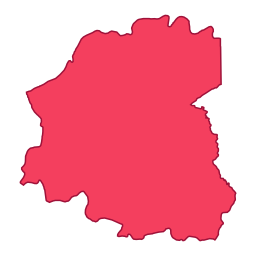 Gualán, Zacapa, Guatemala
{"feature_id": "79465075B90602875847956", "entity_name": "Gualán", "entity_type": "district", "adm_level": 2, "iso_a3": "GTM", "parent_name": "Guatemala", "parent_adm1": "Zacapa", "projection": "robinson", "projection_center": [-89.267, 15.151], "detail": "fine", "context": "isolated", "style": "filled", "palette": "rose", "viewbox_px": 256, "rotation_deg": 0, "n_neighbors": 0, "source": "geoboundaries", "source_scale": "gbopen_adm2", "svg_char_len": 5837}
<svg xmlns="http://www.w3.org/2000/svg" viewBox="0 0 256 256"><path d="M26.5,92.2L26.7,94.1L27.6,95.2L27.8,97.0L28.7,98.1L28.7,99.1L30.1,102.9L31.5,104.7L31.9,107.6L34.5,111.9L37.2,114.7L38.0,115.3L39.6,117.0L39.9,117.1L41.3,119.0L41.4,121.9L40.7,123.8L40.6,125.4L41.4,126.3L42.5,126.7L42.9,127.3L42.9,131.7L42.5,135.6L42.2,136.1L42.1,138.1L41.6,142.0L40.7,145.6L40.0,146.3L38.8,146.8L34.1,147.2L33.5,147.6L30.4,148.2L28.5,149.8L27.4,151.4L25.6,156.2L25.4,161.8L25.0,163.8L23.9,165.6L21.7,167.8L21.7,169.3L23.0,171.3L24.6,172.8L24.7,174.8L23.5,177.5L20.9,181.1L20.3,182.1L20.5,183.0L23.5,185.1L24.3,184.3L25.1,183.6L26.1,182.9L27.4,182.3L27.8,182.2L28.2,182.2L28.7,182.3L31.6,182.6L34.7,183.5L35.3,183.5L36.2,183.6L36.7,183.5L37.3,183.2L37.9,182.6L38.2,182.2L39.2,180.2L40.0,180.2L40.6,180.6L43.1,184.6L43.2,185.5L43.8,186.6L44.3,189.0L44.8,189.8L46.2,200.3L46.6,200.9L49.5,202.3L53.1,200.9L55.4,200.4L60.1,200.4L64.4,201.7L65.7,201.7L66.2,201.4L68.4,201.0L69.5,200.0L71.6,197.2L74.1,196.0L76.5,195.6L77.4,195.0L79.4,192.9L81.3,191.6L83.2,191.3L84.0,191.7L87.7,196.7L88.4,201.2L88.0,204.3L86.7,206.2L85.5,209.7L85.3,212.8L85.6,214.4L86.6,215.9L86.6,216.5L87.4,217.4L88.9,218.6L90.1,219.0L92.7,221.0L94.0,221.1L95.7,221.8L97.5,221.0L98.9,219.3L100.7,218.4L104.6,218.0L111.9,219.9L120.9,223.9L122.0,224.2L122.6,225.0L122.5,226.4L121.8,227.8L121.6,229.3L118.6,232.9L117.7,234.5L117.6,236.0L118.9,236.5L122.1,236.0L124.9,236.3L126.1,236.8L127.0,236.8L127.6,236.3L127.9,234.9L128.2,234.5L128.6,234.2L129.9,234.4L131.0,235.6L132.6,238.1L133.6,239.1L136.2,239.4L140.0,239.1L141.7,239.3L142.7,238.8L143.8,237.8L144.2,236.0L145.1,235.3L147.7,234.3L152.7,233.7L153.1,233.4L158.7,232.1L163.4,231.6L165.0,230.3L166.1,228.7L166.6,228.8L168.2,228.3L169.5,228.4L170.7,229.7L170.9,233.7L172.0,236.5L172.9,237.7L176.4,239.9L179.6,240.3L181.0,239.5L182.0,239.7L182.9,240.6L183.9,240.5L185.3,239.7L186.1,238.6L188.4,236.5L189.7,236.3L195.4,237.2L197.1,238.0L199.6,240.4L200.3,240.6L202.6,240.0L203.9,240.1L209.6,238.6L213.5,239.0L214.9,239.9L216.0,238.5L218.4,234.6L218.3,232.7L218.7,230.1L219.7,228.1L220.9,226.6L221.0,225.8L222.0,224.7L223.2,223.8L223.2,222.8L221.1,219.9L220.9,218.3L221.2,215.2L221.6,213.7L222.3,213.0L223.2,212.6L227.3,212.3L229.0,210.9L229.7,210.1L231.2,206.3L232.4,204.8L233.7,203.3L233.9,202.6L234.6,200.8L235.0,200.5L235.3,199.3L235.0,196.2L235.2,194.2L235.7,193.5L235.6,192.9L234.8,191.8L234.1,191.0L232.9,189.8L232.4,189.1L231.9,187.9L231.6,187.6L230.1,187.0L229.2,186.2L228.9,185.6L228.9,184.7L229.1,184.0L228.9,183.3L228.4,183.1L228.0,183.4L227.6,184.2L227.3,184.4L226.9,184.4L226.7,184.0L226.6,182.9L226.5,182.2L226.2,181.6L225.5,180.6L225.4,180.2L224.9,180.0L224.6,180.5L224.1,180.3L223.5,178.9L223.1,178.4L221.5,178.4L220.9,178.3L220.5,177.9L220.4,177.5L220.3,177.0L220.4,175.3L220.2,174.9L219.7,174.3L219.5,173.8L219.1,171.5L218.9,170.5L218.6,170.0L218.2,169.5L217.3,168.6L216.9,168.0L216.6,167.2L215.9,166.2L213.5,164.2L213.1,163.2L212.9,162.5L212.8,161.5L212.8,161.1L212.9,160.7L213.1,160.3L214.8,159.6L215.3,159.2L215.8,158.7L216.6,157.4L218.1,156.1L218.3,155.7L218.4,154.8L218.2,154.4L217.8,154.0L217.6,153.7L217.4,153.4L217.5,152.6L217.7,152.2L218.2,151.4L218.3,151.0L218.4,149.9L218.3,148.5L217.4,147.6L217.3,147.1L217.2,146.6L217.3,146.0L217.7,144.8L217.7,144.2L217.6,143.6L217.3,143.3L216.7,143.0L216.3,142.6L216.0,142.1L215.9,141.6L216.0,141.0L216.4,140.2L217.2,139.4L217.5,138.8L217.5,138.3L217.2,137.9L216.9,137.1L217.0,136.8L217.2,135.6L217.2,135.0L217.0,134.6L216.6,134.5L215.1,134.4L214.1,134.3L212.5,133.4L211.8,132.8L211.3,131.4L210.6,130.6L210.4,130.2L210.4,128.8L210.3,128.4L210.1,128.0L209.9,127.2L210.2,126.6L210.8,125.9L211.0,125.2L210.9,124.8L210.6,124.4L210.0,124.0L209.7,123.7L209.4,121.8L208.8,120.8L208.7,120.4L208.7,120.1L208.9,119.6L209.1,118.9L208.6,118.4L207.7,118.2L207.5,117.7L207.1,117.4L206.5,117.9L206.0,117.9L206.0,117.5L206.5,116.7L206.5,116.2L206.1,115.9L205.6,115.7L205.5,115.4L205.5,114.4L205.5,114.0L206.0,113.6L207.0,112.6L207.2,112.0L207.1,111.6L206.5,111.3L203.6,109.9L203.1,109.6L203.2,109.0L203.9,108.1L203.8,107.5L203.5,107.3L202.5,106.9L202.1,106.9L201.7,107.0L201.6,108.3L201.3,108.6L200.7,108.7L200.3,108.7L196.8,107.8L195.6,107.6L195.1,107.2L194.8,106.6L194.7,105.9L194.4,105.6L192.1,105.6L191.7,105.3L191.4,105.0L190.7,104.7L191.9,103.3L193.0,102.5L196.0,100.6L196.3,100.1L196.4,99.7L196.7,99.1L197.0,98.6L197.7,98.2L198.6,97.7L199.5,97.5L200.0,97.3L202.0,95.5L203.5,94.5L205.7,93.2L211.9,89.1L213.1,88.9L213.7,88.6L214.9,87.9L215.6,87.8L216.2,87.9L216.6,87.7L217.1,87.3L218.9,85.3L219.3,84.9L219.7,84.6L220.4,84.6L221.1,84.3L220.6,46.7L220.4,46.2L220.4,38.8L219.9,38.4L218.4,38.2L214.1,38.3L213.3,37.6L212.5,36.3L212.4,34.5L212.5,33.0L213.3,31.4L213.2,29.2L212.2,27.4L211.0,26.5L209.1,26.8L203.5,30.1L202.0,30.3L201.7,30.8L200.3,31.4L198.0,33.2L194.9,34.0L192.1,33.6L190.6,32.2L189.7,29.6L189.6,26.7L189.0,23.0L189.0,21.2L186.9,18.9L184.0,17.1L181.8,16.6L179.7,16.7L177.9,17.6L176.2,19.2L173.5,22.8L173.0,23.0L173.0,23.6L171.6,25.0L171.4,25.8L170.3,26.6L169.4,26.7L168.3,26.3L167.9,25.5L169.0,18.1L168.9,16.7L167.8,15.7L165.2,15.4L163.0,16.3L159.3,18.6L157.1,19.0L154.5,18.7L150.9,18.9L149.2,18.6L143.5,18.6L138.9,19.4L137.4,20.1L133.7,23.5L133.1,24.4L131.8,27.6L131.7,28.3L132.5,32.0L132.0,33.8L131.1,34.5L130.2,34.7L128.4,34.0L126.7,33.8L125.3,34.7L123.0,35.4L120.6,35.7L119.8,35.3L116.8,32.1L111.7,31.1L110.1,31.7L108.0,33.1L105.1,33.6L101.3,32.4L99.3,30.8L97.0,30.5L94.9,31.2L92.7,32.6L86.7,35.2L83.5,37.0L81.3,39.2L77.8,46.1L75.8,49.2L75.2,51.0L74.4,51.9L73.8,54.0L73.0,55.1L72.6,56.6L73.1,59.3L73.0,61.6L72.3,62.2L71.5,62.1L70.2,60.7L69.2,60.8L68.6,61.2L67.1,63.8L66.1,66.6L64.2,70.2L60.0,74.7L55.6,78.5L48.1,81.4L44.0,84.2L40.5,85.9L39.8,86.0L39.2,86.6L37.9,86.9L34.4,88.4L30.6,91.0L28.9,91.3L26.5,92.2Z" fill="#f43f5e" stroke="#9f1239" stroke-width="1.5"/></svg>